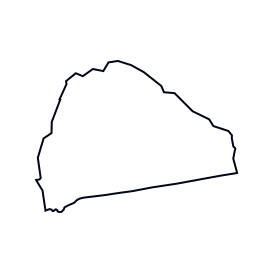 outline of Polk, North Carolina, United States of America, rotated 348°
{"feature_id": "52423323B70248035417131", "entity_name": "Polk", "entity_type": "district", "adm_level": 2, "iso_a3": "USA", "parent_name": "United States of America", "parent_adm1": "North Carolina", "projection": "robinson", "projection_center": [-82.192, 35.297], "detail": "fine", "context": "isolated", "style": "outline", "palette": "ink", "viewbox_px": 256, "rotation_deg": 348, "n_neighbors": 0, "source": "geoboundaries", "source_scale": "gbopen_adm2", "svg_char_len": 1060}
<svg xmlns="http://www.w3.org/2000/svg" viewBox="0 0 256 256"><g transform="rotate(348 128 128)"><path d="M100.1,189.3L110.5,190.0L115.5,190.4L119.9,190.7L124.6,190.8L139.2,191.1L155.9,192.1L164.3,192.6L185.2,193.2L189.6,193.3L209.1,193.9L225.4,194.7L224.6,179.9L227.5,172.8L228.1,171.9L228.6,170.9L228.7,170.6L228.5,170.0L228.1,169.5L227.9,168.7L227.2,168.0L227.4,159.8L227.4,159.7L228.1,156.8L225.6,151.8L211.9,143.9L209.2,136.4L194.7,125.1L180.8,103.6L170.6,100.5L169.3,93.8L155.1,76.7L144.1,67.1L132.0,60.3L122.5,59.8L115.7,67.2L105.9,63.0L94.6,67.9L88.3,63.6L77.1,69.3L77.0,72.2L67.0,85.8L67.6,86.2L54.7,106.2L52.1,117.1L43.3,120.6L33.6,138.4L32.2,158.8L30.8,159.9L29.7,159.9L27.3,159.8L31.4,171.5L31.3,172.7L30.1,191.7L31.9,191.3L34.7,191.1L36.4,192.1L37.0,193.5L37.3,193.7L38.1,193.6L40.1,192.6L40.6,192.6L41.7,193.6L41.8,195.0L43.7,196.0L45.5,196.2L48.3,194.3L49.3,192.6L49.8,192.3L53.7,191.2L59.7,190.0L63.2,187.8L66.3,187.0L67.1,187.0L70.1,186.9L79.0,187.7L92.5,188.9L99.9,189.3L100.1,189.3Z" fill="none" stroke="#020617" stroke-width="2"/></g></svg>